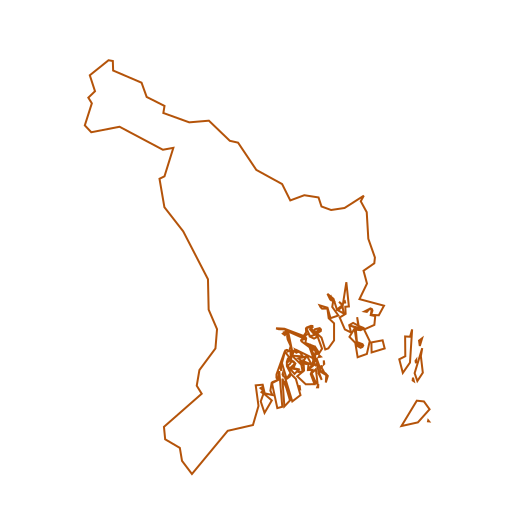 Bulungan, Kalimantan Timur, Indonesia (orthographic projection), rotated 84°
{"feature_id": "22746128B10941975158621", "entity_name": "Bulungan", "entity_type": "district", "adm_level": 2, "iso_a3": "IDN", "parent_name": "Indonesia", "parent_adm1": "Kalimantan Timur", "projection": "orthographic", "projection_center": [117.459, 2.847], "detail": "fine", "context": "isolated", "style": "outline", "palette": "amber", "viewbox_px": 512, "rotation_deg": 84, "n_neighbors": 0, "source": "geoboundaries", "source_scale": "gbopen_adm2", "svg_char_len": 6130}
<svg xmlns="http://www.w3.org/2000/svg" viewBox="0 0 512 512"><g transform="rotate(84 256 256)"><path d="M466.1,342.5L426.9,302.4L423.8,276.7L405.4,269.2L384.6,269.8L384.7,262.8L393.5,261.7L396.0,254.2L391.5,255.8L383.8,253.7L383.1,252.8L381.6,247.2L379.2,248.4L375.9,248.0L354.3,237.6L352.9,236.2L352.6,235.5L352.8,234.7L354.3,234.5L353.9,232.9L349.2,230.9L342.3,233.2L339.3,233.4L336.8,232.1L337.5,235.8L336.0,237.4L333.4,233.2L331.9,235.5L331.2,241.0L330.5,242.8L330.1,242.7L331.3,235.3L340.5,217.0L337.1,214.1L333.3,213.9L332.4,213.0L331.2,208.6L331.5,207.2L332.9,207.2L334.5,209.5L336.1,206.2L339.1,206.6L335.0,205.0L334.4,200.2L335.8,199.1L337.4,199.4L339.5,203.5L344.0,199.4L356.2,196.9L355.4,193.7L348.1,187.2L331.1,185.4L325.5,190.2L315.7,190.5L315.3,195.8L313.7,197.1L311.7,197.9L314.9,190.3L325.6,188.4L323.8,180.3L314.6,185.5L308.7,183.9L307.9,185.9L306.9,186.8L301.1,188.9L306.7,183.4L317.7,181.1L314.0,175.3L310.2,178.2L313.8,174.8L291.5,168.9L315.9,168.9L315.8,172.5L322.9,172.9L325.9,179.2L338.3,175.3L342.0,169.5L334.5,170.5L332.7,166.4L335.9,161.6L327.4,161.8L336.3,161.2L338.8,156.5L340.2,155.6L336.9,145.5L328.2,143.7L326.8,148.1L321.4,146.5L320.5,148.6L323.2,151.6L322.5,153.9L320.1,147.6L321.0,146.2L322.5,145.9L326.5,147.7L327.8,140.1L318.8,133.9L309.7,157.6L295.0,148.5L281.9,150.6L275.6,139.1L269.9,137.9L250.6,142.5L224.0,141.3L212.5,146.1L207.3,142.5L217.5,162.9L218.1,176.5L213.6,185.7L204.3,187.7L200.6,201.6L204.3,216.1L187.2,222.5L170.4,246.7L141.4,262.0L138.7,270.0L116.5,288.7L116.1,308.4L104.1,333.2L97.2,331.3L86.4,348.1L71.7,351.7L56.6,378.7L47.1,378.0L45.9,382.2L58.9,402.4L75.3,398.9L81.0,406.2L87.0,403.3L108.2,412.6L115.7,406.9L113.2,378.2L140.6,337.5L139.8,326.9L167.2,338.7L169.1,343.9L197.9,342.0L223.9,325.8L274.1,306.2L304.4,308.7L324.7,302.4L343.7,306.0L363.5,324.2L378.8,328.5L387.3,324.4L416.3,365.4L428.8,365.5L438.9,351.8L452.0,351.0L466.1,342.5ZM438.4,112.4L426.6,99.4L418.2,104.2L416.7,111.2L440.3,129.1L438.4,112.4ZM370.1,209.3L361.8,210.0L352.4,212.3L345.7,219.6L344.6,220.0L344.1,219.7L342.7,217.5L334.1,232.5L335.8,233.8L336.0,232.2L337.2,231.7L355.8,229.8L354.3,228.6L354.4,227.6L353.4,226.9L353.3,226.5L353.4,226.1L363.1,210.7L365.1,209.8L369.3,211.0L374.7,216.0L370.1,209.3ZM378.1,114.0L345.3,108.4L352.4,111.2L351.6,116.1L371.3,118.0L373.7,124.3L387.6,122.2L378.1,114.0ZM352.6,151.8L339.5,156.5L340.7,159.7L339.7,164.4L352.1,164.6L354.8,159.3L356.2,158.7L357.6,159.7L358.2,161.6L355.0,166.2L367.3,165.5L365.0,156.0L352.6,151.8ZM408.7,245.6L372.9,244.9L381.7,247.1L384.1,253.4L409.5,250.7L408.7,245.6ZM399.0,226.3L382.4,229.2L376.7,233.9L379.4,235.0L381.2,237.9L381.2,238.7L378.7,240.1L404.4,235.1L399.0,226.3ZM355.1,200.0L340.4,203.7L343.3,204.6L344.2,206.9L341.7,211.0L338.6,211.7L340.9,217.0L340.5,220.1L342.0,215.2L343.1,214.7L347.6,216.0L352.3,206.8L359.2,203.3L355.1,200.0ZM389.6,211.2L379.1,213.9L375.1,211.8L374.9,216.3L368.6,215.0L368.7,217.5L367.7,219.2L366.5,219.8L375.0,220.2L379.9,227.6L388.8,219.9L389.6,211.2ZM389.5,102.3L372.7,102.5L365.0,100.3L389.1,110.5L397.2,108.6L389.5,102.3ZM361.4,137.7L353.1,138.9L354.0,150.3L364.0,151.1L361.4,137.7ZM412.9,263.9L401.3,255.4L393.4,262.8L401.1,266.5L412.9,263.9ZM360.6,233.4L354.1,237.2L365.2,241.4L381.1,238.4L376.1,233.9L368.7,236.8L364.5,236.4L361.3,235.0L360.6,233.4ZM403.2,237.3L390.4,239.6L380.7,242.6L408.6,243.5L403.2,237.3ZM353.2,231.7L359.4,231.9L359.5,231.6L359.9,231.5L363.5,231.9L364.8,229.7L367.0,228.1L370.3,229.9L370.9,232.5L373.1,225.3L375.8,225.8L375.8,221.7L368.8,222.3L358.8,230.7L353.2,231.7ZM340.3,204.6L335.2,199.9L339.4,206.6L334.9,209.8L333.3,209.4L331.7,207.5L333.2,213.5L341.5,210.6L340.3,204.6ZM354.4,165.0L356.7,159.2L351.9,165.0L338.5,165.6L346.2,171.5L354.4,165.0ZM378.5,212.9L388.9,209.5L389.7,208.1L374.8,208.3L378.5,212.9ZM373.7,204.1L363.5,206.6L378.2,206.0L377.5,204.0L373.7,204.1ZM368.4,236.2L377.3,230.0L373.5,225.6L371.5,232.5L370.2,232.7L367.0,228.3L363.8,231.7L364.9,232.0L366.9,233.6L368.4,236.2ZM369.8,212.0L360.7,215.8L365.5,219.9L369.8,212.0ZM358.9,230.3L360.8,219.9L355.7,222.8L356.3,226.1L354.4,228.4L358.9,230.3ZM337.6,164.6L340.2,160.5L339.3,158.4L334.9,170.1L337.6,164.6ZM363.0,207.8L356.5,206.7L353.3,211.3L363.0,207.8ZM318.4,180.4L322.3,174.8L315.5,175.2L318.4,180.4ZM389.1,199.8L382.8,197.1L381.0,198.4L389.1,199.8ZM357.2,102.7L362.6,102.5L355.2,99.4L357.2,102.7ZM366.0,220.6L362.2,217.3L361.3,217.6L362.2,224.7L366.0,220.6ZM379.4,206.0L386.1,203.6L378.9,205.4L379.4,206.0ZM378.4,203.1L381.2,199.4L376.3,201.4L378.4,203.1ZM365.4,236.4L363.4,233.2L361.2,233.4L365.4,236.4ZM344.4,219.7L343.4,215.2L342.1,215.5L344.4,219.7ZM393.1,207.9L389.9,207.4L393.0,208.9L393.1,207.9ZM393.0,226.1L389.1,226.2L392.5,227.1L393.0,226.1ZM368.0,243.5L372.9,242.9L367.4,242.6L368.0,243.5ZM387.9,265.3L389.1,264.2L387.0,263.4L387.9,265.3ZM363.1,204.3L362.9,202.1L361.5,203.4L363.1,204.3ZM392.0,264.8L393.2,263.5L390.9,263.5L392.0,264.8ZM306.3,185.8L307.7,185.5L308.3,183.4L304.9,185.3L306.3,185.8ZM366.6,207.5L363.3,208.5L367.1,208.2L366.6,207.5ZM353.4,226.5L355.9,225.5L354.8,224.5L353.4,226.5ZM375.6,202.9L373.2,202.0L371.5,202.3L375.6,202.9ZM370.4,199.4L366.9,199.5L370.7,199.8L370.4,199.4ZM376.6,242.0L379.4,241.0L375.6,241.6L376.6,242.0ZM360.0,231.6L361.1,233.0L363.6,232.1L360.0,231.6ZM352.9,207.0L354.0,208.1L355.7,206.4L352.9,207.0ZM335.1,235.9L337.2,235.3L335.7,234.1L335.1,235.9ZM377.0,108.3L379.4,108.1L376.2,107.6L377.0,108.3ZM370.7,208.4L371.8,207.3L370.2,207.9L370.7,208.4ZM364.6,222.9L365.9,223.1L366.6,221.5L364.6,222.9ZM385.2,240.9L387.2,240.0L383.3,240.7L385.2,240.9ZM396.1,113.2L397.0,112.1L393.4,112.6L396.1,113.2ZM351.2,210.2L352.5,210.2L352.6,209.0L351.2,210.2ZM357.5,211.0L360.0,209.2L356.5,210.9L357.5,211.0ZM359.8,206.1L359.8,205.1L357.9,206.0L359.8,206.1ZM305.0,186.7L306.1,186.0L304.4,186.0L305.0,186.7ZM367.7,221.5L368.8,221.8L369.0,221.5L367.7,221.5ZM352.7,211.6L352.7,210.0L351.2,212.0L352.7,211.6ZM337.7,164.8L339.1,164.2L338.8,163.6L337.7,164.8ZM438.6,101.2L437.5,101.9L438.4,102.2L438.6,101.2ZM310.4,172.6L312.6,172.1L310.3,172.4L310.4,172.6ZM363.8,232.4L364.6,232.0L363.8,232.0L363.8,232.4Z" fill="none" stroke="#b45309" stroke-width="2"/></g></svg>